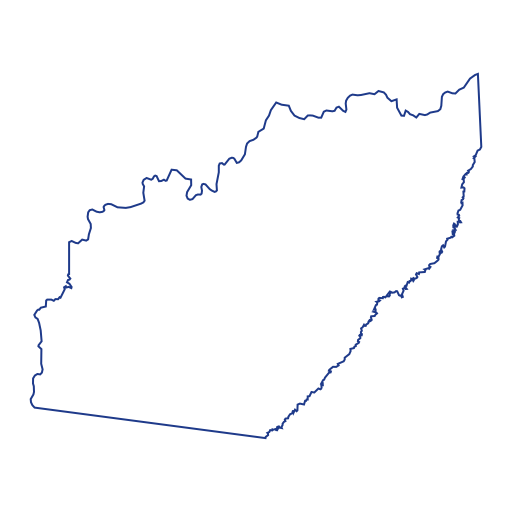 the district of Ipixuna, Amazonas, Brazil
{"feature_id": "56859067B61069668278252", "entity_name": "Ipixuna", "entity_type": "district", "adm_level": 2, "iso_a3": "BRA", "parent_name": "Brazil", "parent_adm1": "Amazonas", "projection": "robinson", "projection_center": [-71.319, -7.144], "detail": "fine", "context": "isolated", "style": "outline", "palette": "blue", "viewbox_px": 512, "rotation_deg": 0, "n_neighbors": 0, "source": "geoboundaries", "source_scale": "gbopen_adm2", "svg_char_len": 6037}
<svg xmlns="http://www.w3.org/2000/svg" viewBox="0 0 512 512"><path d="M34.6,407.6L265.5,438.1L265.7,436.9L268.1,435.1L268.0,433.5L267.4,432.9L269.3,432.0L270.2,430.1L272.1,430.4L272.4,429.4L273.1,429.8L275.6,429.0L276.1,430.1L277.1,430.2L277.1,427.1L278.1,426.6L278.6,427.9L279.3,426.9L279.9,427.7L281.8,428.1L281.4,427.2L282.6,425.0L282.6,423.7L283.9,421.9L285.4,421.1L284.8,419.7L285.5,418.6L288.1,418.3L288.4,416.7L290.1,414.2L292.2,413.4L292.8,411.1L293.7,411.0L293.8,412.2L295.0,409.7L296.6,411.2L297.4,410.4L297.6,404.6L299.9,403.6L304.0,404.5L305.1,400.8L306.1,400.8L306.6,399.5L307.7,399.5L307.7,396.4L309.5,396.2L311.5,392.0L314.3,392.5L318.4,388.5L320.4,389.3L321.2,388.7L321.6,387.4L321.3,385.1L322.8,385.2L322.7,383.2L321.4,383.3L323.1,380.1L324.1,379.7L325.0,377.6L329.0,372.7L330.6,372.4L330.9,371.4L328.9,370.7L329.3,369.8L333.0,366.8L336.2,366.9L338.6,365.4L337.8,363.9L343.7,361.3L344.7,359.5L344.7,357.7L349.3,354.1L350.6,351.1L350.4,348.9L353.9,348.1L354.4,346.7L355.8,346.1L355.7,344.7L358.7,342.9L359.1,342.0L357.9,341.3L358.1,339.9L360.3,338.2L360.3,336.6L359.3,335.7L359.8,334.9L361.7,335.2L361.9,334.1L361.0,333.5L360.9,332.0L361.8,330.8L361.1,328.4L362.6,327.3L364.0,324.8L364.7,325.9L365.7,325.9L366.1,324.6L368.2,323.3L368.4,322.0L369.8,321.3L369.1,320.8L369.7,320.0L371.0,320.5L371.7,319.9L370.9,317.4L371.2,316.3L374.7,316.0L375.4,314.7L377.0,313.4L376.3,312.5L373.9,311.8L375.4,311.1L375.7,309.9L375.2,308.4L374.2,309.0L375.9,305.1L377.0,304.6L377.3,302.5L376.5,301.8L379.1,301.3L379.9,300.5L378.4,299.9L378.5,298.6L379.3,297.9L382.8,298.2L383.0,297.0L384.0,296.8L385.3,297.4L387.3,295.3L387.9,296.4L389.1,296.4L389.8,295.3L389.4,294.2L390.2,293.4L389.5,292.9L388.5,293.3L389.9,291.5L392.5,292.7L394.5,292.4L396.1,291.1L397.2,291.3L399.0,295.2L400.1,295.7L401.1,295.3L401.8,297.3L402.8,296.9L402.0,294.2L403.6,290.7L402.9,288.7L404.6,287.8L405.6,289.0L406.7,288.9L404.8,286.3L405.5,285.6L406.5,285.8L407.7,282.1L409.0,282.6L409.5,281.1L410.4,281.2L411.1,280.2L411.2,278.7L412.0,279.0L413.3,278.2L413.7,279.2L416.7,278.0L417.4,277.0L416.0,274.4L416.7,273.2L418.9,274.0L419.2,272.4L424.8,272.0L425.4,270.1L424.5,269.4L428.3,268.2L429.1,268.8L430.4,267.0L429.4,266.5L429.1,265.2L430.2,264.0L434.4,263.2L437.6,260.6L438.5,259.6L438.5,258.3L437.1,257.9L437.4,256.5L438.6,256.6L440.5,252.9L441.6,252.7L442.2,251.8L441.1,249.2L441.9,246.3L443.1,245.3L444.2,247.4L445.0,246.6L446.0,241.4L447.5,239.7L447.2,238.7L450.6,237.7L451.3,236.8L452.2,237.3L454.3,235.7L454.1,234.5L452.8,234.4L452.5,232.0L454.5,232.8L454.9,231.9L453.7,231.4L453.2,230.3L455.6,229.9L454.5,227.9L453.4,227.4L453.3,225.8L454.2,225.4L453.5,224.8L454.0,223.6L454.8,224.2L455.0,225.2L456.3,225.5L455.5,226.5L456.8,226.7L457.4,225.5L457.9,224.2L457.7,221.7L459.2,221.5L458.8,219.1L459.2,218.1L457.8,217.5L459.2,215.7L458.9,214.8L457.6,214.5L457.5,213.3L458.5,210.5L460.2,209.8L462.6,205.3L462.5,202.8L461.5,203.2L461.2,202.4L461.6,200.1L463.0,199.3L463.5,198.1L462.7,197.3L463.7,196.2L463.4,191.6L464.3,191.5L464.5,188.3L463.5,187.4L461.4,187.6L462.2,184.3L463.9,182.2L463.7,179.5L462.5,179.1L463.0,177.7L464.0,178.2L464.7,177.5L463.7,176.2L465.7,173.9L466.6,174.4L467.0,172.9L468.3,172.9L468.9,171.9L468.1,170.7L470.8,169.1L472.8,166.5L472.8,165.1L474.7,162.0L474.4,158.7L473.7,158.2L475.3,156.6L474.2,156.2L475.7,155.2L477.6,150.6L479.9,149.5L481.3,146.9L477.9,73.9L475.0,75.0L470.0,78.6L463.8,87.6L459.2,89.7L455.4,93.5L452.4,93.3L447.7,91.6L445.2,92.5L443.2,94.1L441.9,96.8L441.3,105.8L440.3,109.2L437.9,111.1L430.2,112.6L427.2,114.5L424.9,115.1L419.3,113.9L416.3,117.5L413.1,115.3L410.0,114.2L408.1,112.0L405.7,110.6L404.0,115.8L401.4,115.6L397.1,107.7L396.6,99.4L391.4,101.2L387.4,97.7L386.0,94.7L383.8,92.4L378.5,91.0L374.5,94.2L369.5,93.2L361.0,95.0L357.6,95.3L352.5,94.6L350.1,95.6L347.8,97.8L346.1,100.7L345.7,103.5L346.4,109.6L345.4,111.9L343.1,110.8L338.9,106.7L336.5,107.6L334.6,110.8L332.4,111.3L326.4,110.5L323.8,111.7L321.2,117.7L318.5,117.7L312.8,115.6L310.1,115.4L307.8,115.5L304.2,119.2L299.3,118.0L294.5,115.6L290.9,110.9L288.8,105.7L281.6,104.7L276.2,102.5L270.9,110.1L269.0,115.6L265.9,120.3L263.7,128.6L258.4,131.8L257.2,136.6L256.4,137.7L253.4,139.8L249.6,141.1L247.1,143.5L246.0,146.8L244.9,154.3L241.2,160.4L239.1,162.3L236.8,162.9L234.4,158.8L233.4,158.0L231.9,157.7L229.3,158.7L224.6,164.6L223.8,164.6L222.0,163.1L219.7,163.5L218.8,165.7L218.8,172.3L216.5,184.1L216.9,190.4L216.0,191.4L214.6,191.9L211.7,190.5L209.7,189.1L205.5,184.4L203.4,183.9L202.2,184.4L201.3,187.0L202.0,190.7L201.6,193.6L200.6,194.6L197.9,194.5L195.9,195.2L192.5,199.1L189.9,199.8L187.7,198.6L186.5,195.7L187.1,192.1L191.2,185.2L191.1,179.5L185.5,178.6L176.8,170.3L171.6,169.7L166.7,180.5L165.6,180.8L163.9,179.7L161.3,181.0L159.0,181.2L156.6,176.1L155.2,175.6L154.0,176.4L152.7,178.8L151.2,179.7L146.6,178.0L143.7,179.8L142.5,182.5L142.7,183.9L144.1,186.4L143.3,192.8L144.6,200.7L143.4,202.4L141.1,203.6L130.6,207.1L125.8,207.9L117.5,207.3L111.2,204.2L108.0,203.9L105.4,204.8L104.3,205.8L103.6,207.0L104.4,210.1L103.6,211.2L102.2,211.9L99.7,212.3L96.6,211.7L92.3,209.5L89.7,210.2L88.2,212.3L87.6,216.7L88.0,219.1L90.7,224.0L90.9,228.0L88.9,234.3L88.1,239.4L86.2,240.6L82.2,239.6L78.1,243.3L75.7,242.9L71.7,241.0L69.1,242.2L69.1,274.1L68.2,274.4L67.9,275.6L70.3,278.6L69.5,279.6L68.0,280.0L67.0,282.3L69.4,283.7L71.6,287.0L71.3,288.1L68.7,286.9L66.3,287.5L65.8,286.2L64.1,287.3L64.7,289.3L60.5,297.7L59.6,297.2L58.1,299.2L55.4,299.1L53.8,300.8L51.3,299.6L47.2,299.6L46.2,300.5L45.8,306.5L40.8,307.7L39.3,309.7L38.3,309.6L37.1,310.5L34.3,314.9L35.4,317.4L37.6,318.9L39.1,322.9L40.7,330.5L41.6,341.3L38.6,345.2L38.4,346.3L41.4,349.1L41.2,363.8L42.6,369.4L41.9,372.6L40.2,374.4L37.4,374.0L34.9,375.5L33.1,378.4L33.0,383.5L33.8,386.2L34.0,391.9L33.4,394.5L30.7,399.1L31.0,402.3L32.4,405.2L34.6,407.6ZM440.5,252.9L439.6,252.7L439.6,251.5L440.6,250.7L441.0,251.7L440.5,252.9ZM459.2,221.5L460.0,222.4L461.0,222.3L460.3,221.1L459.2,221.5ZM413.7,279.2L412.8,280.0L413.3,281.0L413.8,280.3L413.7,279.2Z" fill="none" stroke="#1e3a8a" stroke-width="2"/></svg>